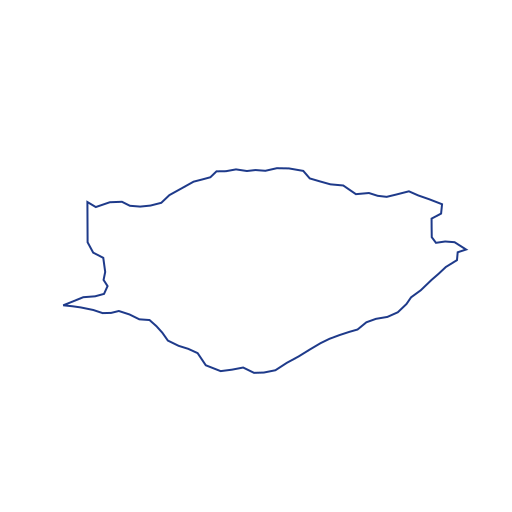 the district of Dirce Reis, São Paulo, Brazil, rotated 248°
{"feature_id": "56859067B30204819137287", "entity_name": "Dirce Reis", "entity_type": "district", "adm_level": 2, "iso_a3": "BRA", "parent_name": "Brazil", "parent_adm1": "São Paulo", "projection": "natural_earth1", "projection_center": [-50.628, -20.447], "detail": "fine", "context": "isolated", "style": "outline", "palette": "blue", "viewbox_px": 512, "rotation_deg": 248, "n_neighbors": 0, "source": "geoboundaries", "source_scale": "gbopen_adm2", "svg_char_len": 1311}
<svg xmlns="http://www.w3.org/2000/svg" viewBox="0 0 512 512"><g transform="rotate(248 256 256)"><path d="M251.4,429.1L258.7,422.0L260.5,408.7L261.9,399.3L266.2,391.4L272.1,384.3L275.9,371.8L288.7,363.3L294.6,351.8L301.4,343.0L307.8,334.9L317.2,331.7L324.9,319.3L329.6,308.2L331.5,296.6L335.9,287.7L338.2,279.4L343.8,269.9L345.9,259.8L349.3,251.1L346.1,243.2L347.1,234.9L348.3,226.0L346.4,210.8L344.9,198.5L340.8,188.1L342.3,177.0L345.2,167.1L349.8,157.9L356.5,152.0L360.6,140.6L361.4,125.8L369.2,119.9L331.8,105.0L320.1,106.3L311.5,113.7L297.7,110.2L290.9,105.7L283.7,107.1L277.8,100.9L278.9,91.7L282.5,80.4L282.5,58.8L278.1,67.1L274.0,74.2L266.9,84.9L260.5,92.4L257.5,100.4L256.4,108.2L249.2,116.8L241.0,124.1L236.5,133.3L228.2,137.4L220.0,140.4L210.6,142.6L201.7,150.6L195.3,158.4L187.8,165.5L173.5,168.5L162.5,180.1L159.6,191.2L157.4,202.3L148.4,210.4L145.0,219.6L142.8,231.2L145.4,244.6L146.9,257.9L149.1,270.7L151.0,283.2L151.7,293.1L151.4,303.8L150.7,314.1L149.8,322.6L153.2,333.5L152.8,343.7L150.3,355.0L150.7,366.4L155.1,377.5L159.6,384.3L162.5,395.9L168.0,409.6L171.2,418.9L174.7,427.9L176.9,440.8L183.9,444.4L183.3,453.2L194.4,445.3L198.6,436.8L200.8,427.8L207.6,426.0L217.1,429.7L224.9,432.8L226.0,443.5L234.3,447.9L243.6,438.0L251.4,429.1Z" fill="none" stroke="#1e3a8a" stroke-width="2"/></g></svg>